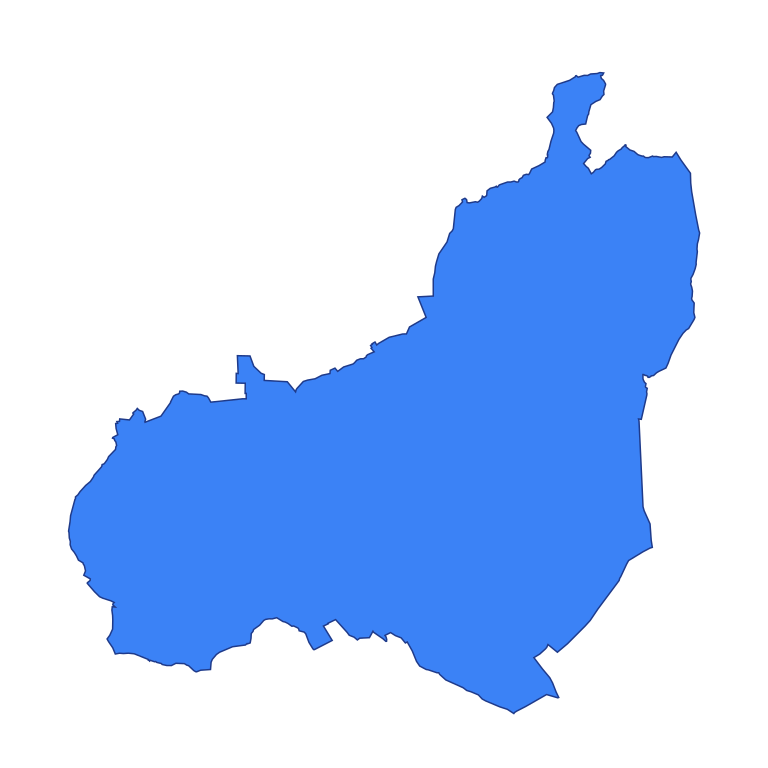 outline of Sibiu, Sibiu, Romania, rotated 183°
{"feature_id": "2599482B24946279921532", "entity_name": "Sibiu", "entity_type": "district", "adm_level": 2, "iso_a3": "ROU", "parent_name": "Romania", "parent_adm1": "Sibiu", "projection": "equal_earth", "projection_center": [24.141, 45.783], "detail": "fine", "context": "isolated", "style": "filled", "palette": "blue", "viewbox_px": 768, "rotation_deg": 183, "n_neighbors": 0, "source": "geoboundaries", "source_scale": "gbopen_adm2", "svg_char_len": 6093}
<svg xmlns="http://www.w3.org/2000/svg" viewBox="0 0 768 768"><g transform="rotate(183 384 384)"><path d="M368.0,434.9L381.3,430.9L391.6,424.2L393.3,422.6L395.2,425.5L397.1,424.2L398.1,423.4L397.8,423.0L399.4,421.8L398.0,419.8L398.8,419.0L395.5,415.6L401.8,412.5L403.0,411.3L403.3,410.0L405.7,408.2L409.0,407.9L412.5,406.3L414.7,403.5L416.1,402.3L425.2,398.9L430.9,394.2L433.8,397.3L438.4,394.9L438.5,391.6L446.4,389.5L453.1,385.6L460.5,383.9L464.7,382.3L470.6,375.1L471.4,373.8L471.9,371.5L480.7,381.2L503.8,381.3L504.0,387.2L507.3,388.3L514.9,394.8L519.3,405.0L531.9,404.6L530.2,386.8L532.1,386.9L531.7,377.2L522.6,377.5L522.2,367.3L521.1,367.4L520.8,362.0L524.6,361.8L556.0,356.8L558.6,361.0L560.1,362.6L562.6,362.8L566.3,363.9L578.5,363.9L580.9,365.5L584.6,366.4L587.6,366.1L587.7,364.4L588.5,363.4L591.4,362.4L593.6,360.8L596.2,354.9L596.2,354.3L605.0,340.3L605.8,339.9L620.6,333.3L620.8,334.1L620.2,336.4L623.6,343.9L627.0,344.9L629.1,346.7L630.2,344.9L633.2,342.1L633.2,341.6L632.4,340.9L636.3,334.8L646.1,335.3L646.2,332.8L648.8,332.5L648.0,330.8L649.9,330.5L649.2,325.5L647.2,319.4L652.1,316.4L652.3,315.7L650.5,315.1L650.0,313.6L648.7,312.0L647.8,308.6L648.5,307.2L648.7,304.6L655.2,297.1L656.3,294.2L658.8,290.3L659.7,289.4L661.3,288.8L661.5,287.1L661.9,286.3L668.7,277.8L669.3,275.9L672.1,271.3L676.6,267.1L681.9,260.6L683.9,257.3L686.2,255.1L686.1,253.3L686.6,252.5L690.1,236.1L690.3,230.2L691.3,220.5L690.8,219.2L690.2,213.7L689.0,210.4L689.0,207.0L687.4,202.9L684.5,199.7L682.1,196.2L679.9,192.1L675.2,189.6L675.0,188.7L673.7,186.8L672.3,181.7L673.8,177.3L667.1,174.0L667.2,172.4L669.8,170.1L669.9,169.4L662.2,161.4L656.9,156.7L653.4,155.3L645.4,153.2L642.0,151.7L643.0,150.6L643.3,149.3L640.8,147.2L643.7,147.3L643.9,144.0L642.9,138.6L642.5,134.2L642.2,125.0L644.7,118.7L647.2,114.9L645.5,112.2L641.1,106.4L638.2,100.3L634.1,101.3L630.1,101.2L625.2,101.8L619.3,101.5L604.7,96.5L604.9,95.9L604.1,95.7L603.6,95.0L602.8,95.8L598.5,94.6L597.5,94.9L596.4,94.1L591.7,93.2L590.9,92.3L586.2,91.5L581.6,91.7L577.2,94.2L568.7,94.3L566.2,92.9L564.4,92.5L559.0,87.9L556.9,86.8L556.0,86.8L552.1,88.6L542.3,89.8L542.1,97.1L541.0,100.1L537.2,105.1L534.2,107.5L521.5,113.7L508.7,116.1L507.2,117.6L506.9,117.3L504.1,118.4L503.5,123.0L503.5,127.9L501.9,130.0L501.4,132.0L495.6,136.6L491.7,141.6L490.0,142.7L486.5,143.5L483.3,143.6L478.9,145.0L472.5,141.5L470.3,141.1L467.3,139.8L463.4,137.3L461.5,137.6L457.3,135.9L456.4,135.0L455.8,133.1L450.8,132.1L449.1,130.5L445.4,122.0L441.2,115.9L440.4,115.1L439.6,115.1L422.3,125.2L431.8,139.1L427.2,141.6L427.5,142.1L420.0,146.2L407.7,133.9L405.6,131.3L400.6,129.6L397.2,127.0L394.9,128.9L385.3,129.9L382.1,136.5L381.5,135.6L371.8,129.6L368.7,127.1L368.0,127.2L367.9,129.0L368.7,131.5L369.9,133.0L364.4,136.1L359.4,133.3L353.6,131.4L349.1,126.5L347.3,127.6L341.8,118.9L337.0,108.7L333.6,104.2L326.9,101.1L324.9,100.9L316.0,98.4L314.2,98.5L313.2,96.9L306.8,91.7L289.0,84.8L285.4,82.3L281.0,81.2L273.5,78.5L269.5,74.6L265.8,72.8L251.6,67.7L243.8,65.6L237.1,61.7L236.4,62.8L234.5,64.2L225.6,69.4L205.4,82.4L194.0,79.7L193.1,80.1L196.0,85.4L200.0,94.3L203.1,99.4L211.0,107.9L220.0,118.6L214.3,122.5L209.0,127.8L207.7,129.5L206.6,132.4L196.8,125.2L187.2,134.2L170.6,152.7L165.7,158.7L158.6,170.5L138.9,200.1L138.5,202.1L137.4,204.2L132.3,216.8L130.5,220.5L116.6,230.0L109.9,234.0L107.5,234.9L109.0,242.0L111.0,258.2L117.6,271.1L118.9,275.0L127.4,360.4L128.0,362.4L125.2,362.2L121.0,386.4L120.9,388.0L121.4,389.9L120.9,393.5L122.5,394.3L122.8,395.0L122.4,398.1L123.9,399.3L125.2,401.6L125.7,403.0L125.9,407.0L125.0,407.0L123.7,406.2L122.8,406.3L121.0,405.5L120.7,404.5L119.5,404.5L117.9,405.5L117.6,406.1L115.2,406.6L112.4,409.5L110.0,411.1L103.3,414.7L101.3,419.7L98.9,427.9L91.8,444.0L88.1,450.2L85.0,453.8L82.7,455.3L77.7,464.7L77.0,466.8L78.4,471.5L78.5,481.1L80.9,484.1L81.3,485.7L80.9,487.4L80.8,492.9L81.8,496.9L82.8,499.1L83.0,500.4L82.5,502.2L83.1,505.0L82.8,506.1L81.1,509.6L79.3,515.4L78.5,519.7L78.7,521.8L78.0,532.6L78.5,535.1L78.4,540.4L77.5,544.6L76.7,551.3L77.8,554.3L81.6,569.3L86.8,592.1L88.2,600.7L89.0,610.5L99.2,623.2L104.4,630.7L108.0,625.8L116.2,625.6L118.6,624.8L124.0,625.5L126.9,625.2L127.7,625.7L131.7,623.9L134.2,623.8L135.5,624.1L136.8,625.2L138.1,625.1L141.3,625.9L142.6,626.4L146.5,629.4L150.7,630.6L154.9,633.7L154.8,635.2L155.4,635.5L155.8,635.4L156.0,634.8L158.4,632.6L159.5,631.0L162.4,629.1L163.9,627.6L166.1,623.9L170.4,620.1L171.4,619.8L172.1,619.0L173.9,618.0L174.5,615.4L178.0,611.6L180.5,609.8L183.1,609.5L184.0,609.0L186.1,606.2L188.0,604.8L191.3,610.2L193.5,611.8L196.2,614.6L192.4,619.8L190.0,621.2L191.0,622.4L191.2,623.1L189.9,625.3L189.8,628.2L197.4,634.0L199.9,636.4L204.6,645.4L205.9,647.1L204.7,649.8L203.1,652.2L200.4,653.5L196.2,654.2L194.7,662.7L193.8,664.2L193.7,666.5L192.0,673.8L187.2,677.3L183.1,679.3L181.0,683.0L179.5,684.6L180.0,688.1L178.4,694.4L178.5,695.3L180.6,698.7L182.9,700.5L183.8,703.1L183.5,703.6L182.3,703.6L181.8,704.1L180.9,706.1L184.7,706.3L187.4,705.2L193.9,704.4L196.7,702.8L200.3,702.7L206.2,700.6L208.2,702.0L208.7,701.8L209.2,700.7L214.5,697.0L226.6,692.3L229.3,689.0L229.9,685.9L231.0,683.1L230.9,682.5L229.9,681.3L228.8,675.2L229.2,674.2L229.3,668.9L229.9,664.6L235.1,658.8L230.4,653.1L228.0,648.4L227.6,646.0L227.7,643.4L230.0,635.1L231.5,626.9L232.5,624.8L232.9,622.3L232.9,621.4L232.5,621.4L232.5,619.0L232.9,618.4L234.0,618.5L234.7,616.0L234.8,614.1L240.6,610.2L247.8,606.4L249.6,602.1L250.5,600.7L252.8,600.9L255.7,599.7L256.9,597.3L258.8,596.2L259.9,595.0L260.0,593.8L260.6,592.8L262.0,592.6L264.7,593.4L268.1,592.3L271.1,592.2L278.7,589.1L279.5,588.6L280.9,586.6L281.6,586.6L282.2,587.4L283.5,586.5L288.1,585.0L291.2,582.3L291.3,577.9L291.6,577.3L293.8,575.7L295.6,576.8L296.1,574.4L298.4,571.6L300.1,570.4L302.2,570.8L308.3,569.3L310.5,569.5L311.2,572.5L312.9,573.7L315.8,572.1L315.1,569.9L318.4,566.1L321.2,564.2L321.9,562.1L322.9,542.7L323.9,540.5L326.3,537.8L328.5,529.1L336.0,516.8L337.9,509.0L338.8,504.3L339.1,497.9L340.3,491.4L339.4,474.4L354.7,472.8L345.4,452.7L361.5,442.3L364.2,435.2L368.0,434.9Z" fill="#3b82f6" stroke="#1e3a8a" stroke-width="1.5"/></g></svg>